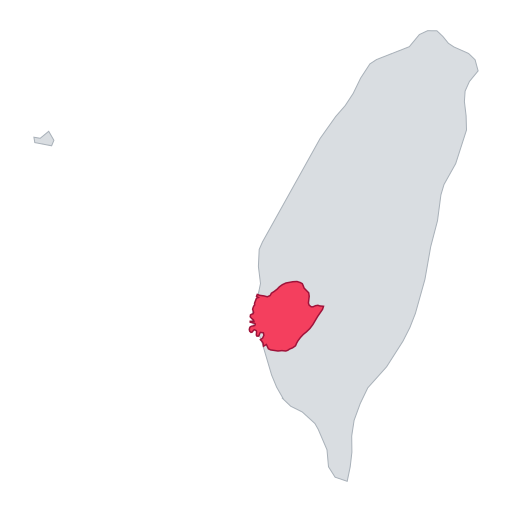 location of Tainan City within Taiwan
{"feature_id": "TWN-1160", "entity_name": "Tainan City", "entity_type": "Special Municipality", "adm_level": 1, "iso_a3": "TWN", "parent_name": "Taiwan", "parent_adm1": "", "projection": "orthographic", "projection_center": [120.249, 23.155], "detail": "fine", "context": "in_parent", "style": "filled", "palette": "rose", "viewbox_px": 512, "rotation_deg": 0, "n_neighbors": 0, "source": "natural_earth", "source_scale": "10m", "svg_char_len": 2152}
<svg xmlns="http://www.w3.org/2000/svg" viewBox="0 0 512 512"><path d="M367.8,387.8L360.2,403.6L354.1,420.3L351.7,436.0L351.9,452.2L350.2,466.8L347.2,481.3L335.1,477.2L328.5,466.8L327.0,449.8L318.2,429.3L314.9,423.5L302.3,412.0L290.8,406.3L281.9,397.8L283.1,398.5L276.6,387.1L271.6,375.0L261.4,340.4L257.9,332.1L253.2,324.5L251.8,317.0L253.4,308.6L257.9,296.1L260.5,283.5L258.4,266.4L259.2,249.4L262.5,241.9L320.1,138.5L335.7,116.5L345.2,105.6L353.2,93.4L360.7,78.0L369.9,63.9L376.6,59.5L409.3,46.7L419.4,34.5L427.6,30.7L436.9,30.8L442.9,36.5L448.4,43.3L454.0,47.0L468.6,53.5L475.1,59.8L478.1,70.9L469.4,81.5L465.1,91.1L464.4,101.6L466.1,115.8L466.5,130.0L455.7,163.6L444.0,184.5L440.9,194.9L437.5,220.7L430.7,246.7L424.9,279.5L415.4,313.4L409.9,327.5L403.0,341.1L386.6,366.8L367.8,387.8ZM48.7,131.3L53.9,140.3L51.6,145.8L34.8,142.6L33.9,137.2L40.2,138.3L48.7,131.3Z" fill="#d9dde1" stroke="#a8b0b8" stroke-width="1"/><path d="M263.5,346.2L263.1,343.3L262.2,341.6L260.4,339.7L262.6,338.1L263.9,335.3L263.4,332.8L260.4,332.4L259.8,333.3L259.3,334.9L258.5,336.1L256.9,336.1L256.3,335.0L256.6,331.7L256.2,330.6L254.3,329.7L253.2,330.7L252.3,332.0L251.0,332.4L249.7,331.2L249.3,329.6L249.6,328.0L250.2,326.9L251.6,326.2L253.3,325.9L254.8,325.5L255.3,324.0L254.6,323.3L250.2,322.2L250.2,321.3L253.9,321.3L253.5,320.0L251.5,318.3L250.2,316.8L250.5,314.9L251.7,314.2L253.0,313.8L253.6,312.6L253.2,310.8L252.6,309.3L253.0,307.9L253.7,306.1L254.7,304.9L254.5,303.8L254.7,302.8L256.3,298.6L257.1,297.8L258.3,297.5L256.5,296.3L257.3,294.4L259.7,295.3L263.9,295.9L267.3,296.8L270.2,295.5L271.4,293.2L274.1,291.5L277.2,289.1L279.4,286.8L282.3,284.7L285.9,283.0L293.0,281.7L297.0,281.5L300.4,282.6L302.3,283.7L303.2,285.7L304.1,288.1L308.7,292.8L309.2,296.3L308.4,303.0L309.1,305.1L311.2,306.8L313.0,306.8L315.5,305.7L317.9,305.3L319.6,305.9L323.5,306.3L322.5,309.4L317.6,316.5L312.9,324.5L309.9,328.5L306.4,331.9L303.3,334.4L300.5,337.4L298.0,340.7L296.6,343.2L295.5,345.8L292.5,347.9L289.5,349.1L287.8,350.3L285.8,351.0L281.9,350.6L278.0,351.0L270.6,349.9L268.4,348.8L266.5,344.7L266.4,344.5L263.5,346.2Z" fill="#f43f5e" stroke="#9f1239" stroke-width="1.5"/></svg>